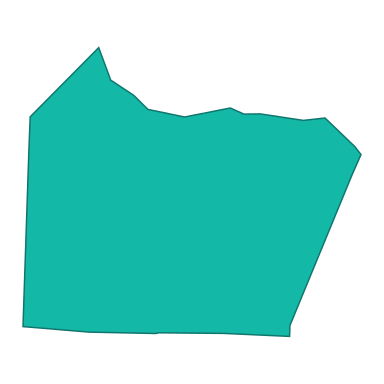 the district of Cooper, Missouri, United States of America
{"feature_id": "52423323B25598587831507", "entity_name": "Cooper", "entity_type": "district", "adm_level": 2, "iso_a3": "USA", "parent_name": "United States of America", "parent_adm1": "Missouri", "projection": "natural_earth1", "projection_center": [-92.772, 38.872], "detail": "fine", "context": "isolated", "style": "filled", "palette": "teal", "viewbox_px": 384, "rotation_deg": 0, "n_neighbors": 0, "source": "geoboundaries", "source_scale": "gbopen_adm2", "svg_char_len": 411}
<svg xmlns="http://www.w3.org/2000/svg" viewBox="0 0 384 384"><path d="M23.0,326.6L88.9,332.1L155.6,333.5L159.0,332.8L223.7,333.4L289.6,336.4L289.8,330.5L289.9,325.6L352.2,174.5L361.0,154.6L354.8,146.6L325.0,118.0L303.4,120.4L260.2,113.9L243.9,114.1L230.3,108.0L184.5,117.0L147.9,109.4L133.8,95.4L110.7,80.1L98.7,47.6L30.2,116.8L28.9,149.9L23.0,326.6Z" fill="#14b8a6" stroke="#0f766e" stroke-width="1.5"/></svg>